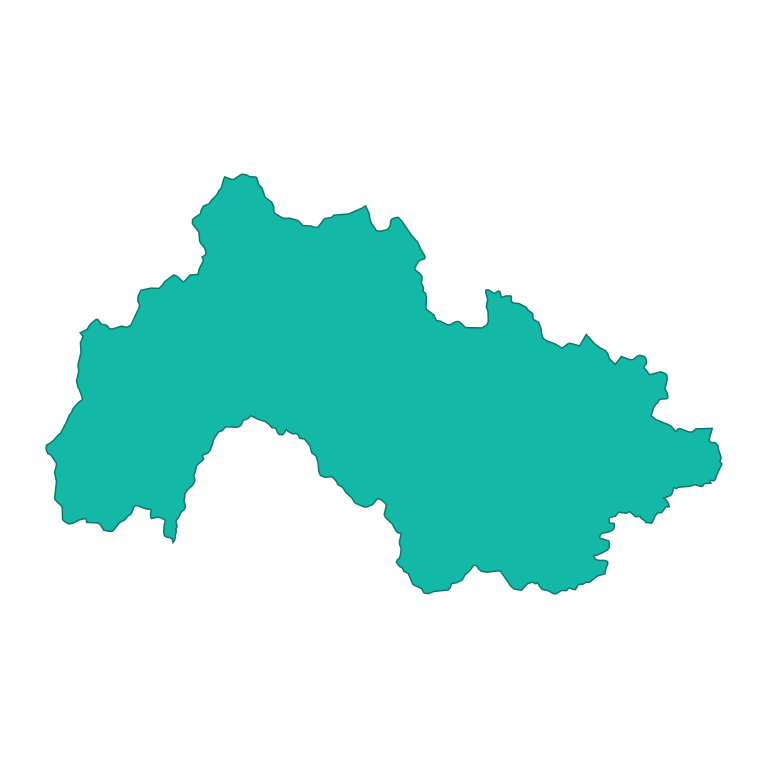 the district of Thach An, Cao Bằng, Vietnam
{"feature_id": "81297802B24341511138047", "entity_name": "Thach An", "entity_type": "district", "adm_level": 2, "iso_a3": "VNM", "parent_name": "Vietnam", "parent_adm1": "Cao Bằng", "projection": "natural_earth1", "projection_center": [106.311, 22.48], "detail": "fine", "context": "isolated", "style": "filled", "palette": "teal", "viewbox_px": 768, "rotation_deg": 0, "n_neighbors": 0, "source": "geoboundaries", "source_scale": "gbopen_adm2", "svg_char_len": 6081}
<svg xmlns="http://www.w3.org/2000/svg" viewBox="0 0 768 768"><path d="M333.8,215.2L331.4,217.6L325.2,218.5L323.9,219.4L318.4,226.7L315.9,227.6L310.8,226.0L302.7,225.5L299.5,221.8L297.2,220.2L289.5,218.2L283.2,218.4L274.9,213.4L273.9,211.5L273.6,206.0L271.6,202.1L266.0,198.0L264.7,196.2L262.1,188.1L258.8,184.5L256.6,177.7L255.4,177.0L250.1,176.8L245.8,174.7L241.7,174.2L233.5,179.5L231.0,179.3L224.8,176.9L223.5,179.8L221.4,188.0L218.7,191.1L216.9,194.7L211.4,200.4L209.1,203.8L203.5,206.1L201.3,209.8L200.2,214.0L194.0,218.2L192.5,219.8L192.4,223.7L199.0,232.2L199.6,240.9L200.5,243.0L204.5,247.8L206.0,252.2L205.5,254.9L202.1,256.9L203.3,259.9L203.2,261.0L198.9,269.6L198.1,274.5L190.0,275.0L185.9,280.0L183.8,281.7L182.8,281.6L177.2,276.4L173.9,274.9L164.6,281.7L162.0,285.7L159.0,288.4L151.0,288.1L140.9,290.3L138.3,295.7L137.8,298.7L137.9,301.6L139.1,303.5L139.7,306.2L131.0,324.9L128.2,326.8L126.6,327.4L121.5,326.1L112.8,328.9L110.7,329.0L109.0,328.2L106.8,325.3L101.3,324.1L97.9,319.7L96.9,319.3L95.6,319.8L91.0,323.6L88.8,326.3L87.2,329.5L80.2,332.8L82.9,336.1L82.0,339.6L80.4,342.3L81.0,352.8L78.4,362.9L78.1,365.8L78.7,371.6L76.5,381.0L78.2,387.8L79.7,390.5L82.2,397.5L82.3,399.7L78.5,402.5L73.2,408.4L71.3,412.8L69.3,415.3L66.1,422.7L60.7,433.1L58.2,435.1L54.1,439.8L49.7,443.5L47.2,444.6L46.3,445.9L46.1,447.5L46.1,449.0L47.7,453.4L51.1,455.2L56.4,463.2L56.5,465.0L54.6,472.5L56.5,481.4L54.6,498.5L55.1,499.8L61.3,505.8L62.2,507.5L62.6,519.7L64.8,521.8L68.7,523.9L72.8,523.3L79.0,520.0L85.5,518.5L86.3,519.7L86.6,522.4L98.3,523.0L100.5,525.0L103.8,530.3L110.7,531.5L112.8,531.1L119.7,522.5L124.7,519.9L127.6,516.4L131.2,513.8L134.2,506.3L137.4,505.6L146.0,508.9L150.8,509.4L151.2,510.2L150.5,513.8L150.8,517.2L151.4,518.4L157.8,517.2L161.2,517.9L165.5,520.3L164.2,524.9L163.7,532.3L164.4,535.5L166.1,536.9L169.5,537.5L172.1,538.9L173.0,542.5L174.7,539.8L175.5,536.8L175.4,534.2L176.3,532.4L175.9,529.1L177.1,526.6L176.1,522.4L176.3,520.0L178.5,517.8L181.2,512.0L184.0,509.9L185.6,507.1L183.9,500.6L184.9,496.8L184.7,493.8L187.7,489.6L192.3,485.5L194.4,482.3L194.9,479.5L193.6,475.3L195.4,471.5L196.3,466.4L197.1,465.0L203.6,459.3L203.6,458.3L202.6,456.6L202.7,455.3L204.0,454.3L207.0,453.6L209.9,450.9L212.7,443.3L213.4,439.7L218.4,432.1L222.3,430.5L225.6,426.8L236.8,427.2L239.4,426.5L241.3,424.8L243.0,420.4L248.3,418.4L250.2,416.3L251.4,415.9L257.7,419.2L265.2,421.5L268.8,424.1L272.0,427.8L275.1,427.9L276.3,429.2L277.1,431.7L278.9,434.4L282.7,434.8L286.6,429.5L288.0,431.4L292.6,433.8L296.9,433.6L298.2,435.0L299.7,438.3L304.5,439.0L310.0,445.9L311.7,452.8L315.5,455.4L316.7,457.6L318.1,463.2L318.8,471.6L320.1,474.8L321.1,475.8L325.1,477.4L331.8,476.6L336.3,481.2L338.0,484.7L342.6,487.3L345.9,492.5L351.9,497.9L354.2,501.9L356.1,503.5L364.3,507.0L366.8,507.0L372.6,504.6L377.0,499.2L378.3,498.7L381.3,499.9L385.3,503.3L386.3,505.5L384.2,514.6L385.4,517.4L392.3,524.0L396.2,531.2L398.4,533.0L400.3,533.1L401.1,534.4L399.4,541.9L399.7,544.7L401.2,548.5L400.3,555.6L399.4,558.0L397.1,560.3L396.3,562.3L399.7,566.5L402.3,567.8L403.8,571.3L408.3,573.6L412.6,583.8L413.5,584.8L421.7,588.7L423.8,592.8L428.2,593.7L433.8,591.5L448.3,589.9L450.3,587.5L451.5,583.7L457.0,582.6L462.3,580.0L464.9,575.0L468.9,571.6L473.7,565.4L474.8,565.1L477.0,566.1L478.9,569.3L481.3,571.2L487.2,572.2L498.6,570.8L500.8,571.6L510.8,586.2L514.2,589.1L521.5,590.2L527.7,583.5L532.6,582.2L535.5,583.8L537.7,582.8L539.5,586.3L542.3,589.5L548.0,590.6L553.7,593.7L556.3,593.8L561.4,590.5L566.5,590.6L569.0,587.6L573.1,589.4L575.5,589.6L578.3,584.5L582.9,584.2L585.9,582.2L589.2,582.5L597.4,575.9L604.9,573.9L605.7,569.0L607.9,563.4L607.3,561.4L604.9,560.4L598.2,560.3L596.2,559.5L595.2,558.9L593.5,555.6L597.6,555.0L603.3,552.2L607.6,549.9L609.4,547.0L609.4,543.1L608.7,540.9L599.9,538.1L599.7,536.9L600.4,534.8L602.0,533.2L608.0,532.3L612.1,530.3L613.7,528.9L614.5,525.6L614.3,523.9L613.9,523.3L609.7,523.1L609.4,522.6L609.0,518.8L610.0,517.5L615.6,516.0L618.4,512.5L619.3,512.2L625.9,513.3L629.8,511.5L635.4,516.7L640.3,516.4L641.1,518.4L644.6,520.5L645.9,522.6L648.7,522.5L651.3,523.4L652.8,521.5L654.9,516.4L657.3,513.1L661.8,512.5L666.1,506.7L669.3,506.8L668.3,503.0L665.5,499.3L663.6,498.3L670.7,495.4L672.1,493.3L673.8,487.8L676.6,488.5L678.3,487.3L689.6,486.3L694.7,484.7L701.5,486.5L702.3,486.3L704.5,483.6L710.9,483.1L710.1,481.7L710.7,480.3L714.0,480.7L715.3,479.4L716.6,475.3L721.9,464.0L720.0,461.7L721.1,457.5L718.5,449.5L718.0,445.8L715.3,442.7L710.6,442.3L709.1,441.1L709.6,437.5L712.3,428.4L695.8,428.9L693.9,430.9L691.3,432.2L688.0,431.7L679.9,428.5L678.4,428.8L675.6,431.4L671.4,426.5L668.7,424.8L656.1,419.7L651.1,415.7L653.6,407.6L656.3,403.7L657.7,402.8L659.0,400.2L660.4,399.2L666.6,398.7L667.9,397.6L668.0,396.5L666.5,391.4L664.9,389.1L667.3,378.6L666.8,375.1L665.9,373.9L660.9,371.8L650.1,374.6L648.7,373.8L646.1,369.9L643.9,367.8L643.9,366.9L646.3,363.8L646.7,362.2L645.6,358.0L643.9,356.3L639.8,355.3L637.1,356.3L633.1,359.6L629.5,359.6L621.4,356.5L615.2,364.4L609.3,358.6L607.7,353.7L605.1,350.3L600.8,348.3L595.1,344.3L586.3,334.5L579.6,345.9L570.0,343.2L568.2,343.6L562.7,347.7L561.3,347.7L554.6,343.7L547.1,341.0L543.2,338.5L541.6,333.8L541.0,328.2L538.6,322.2L534.0,319.8L533.1,318.7L532.7,313.6L527.9,309.9L526.0,307.1L519.1,303.6L512.8,302.9L511.2,301.0L511.4,296.8L510.9,296.0L506.3,295.9L501.3,297.5L500.1,291.9L498.4,291.0L495.1,293.1L493.7,293.2L488.4,289.8L486.0,290.0L485.7,292.4L487.7,299.1L486.3,306.7L488.0,311.5L488.3,320.9L487.7,323.4L486.3,325.3L482.2,327.9L465.4,327.6L459.8,322.1L458.3,321.5L456.1,321.6L450.1,324.7L447.8,324.9L440.1,321.1L436.4,320.7L433.8,314.9L425.9,309.0L426.5,297.4L425.6,293.4L423.0,291.2L423.6,287.9L421.4,283.1L422.1,276.9L419.5,273.1L415.5,270.2L414.8,269.1L414.8,268.0L418.3,261.7L420.1,260.3L424.6,258.8L425.1,256.5L420.6,248.8L417.6,242.2L411.0,234.7L401.9,221.1L398.2,217.3L394.6,217.9L391.7,219.2L390.6,221.1L390.3,225.3L388.4,228.7L386.4,229.9L379.6,231.3L376.5,230.7L371.5,223.4L369.9,218.9L369.2,213.6L365.6,205.9L362.1,208.1L348.7,213.9L333.8,215.2Z" fill="#14b8a6" stroke="#0f766e" stroke-width="1.5"/></svg>